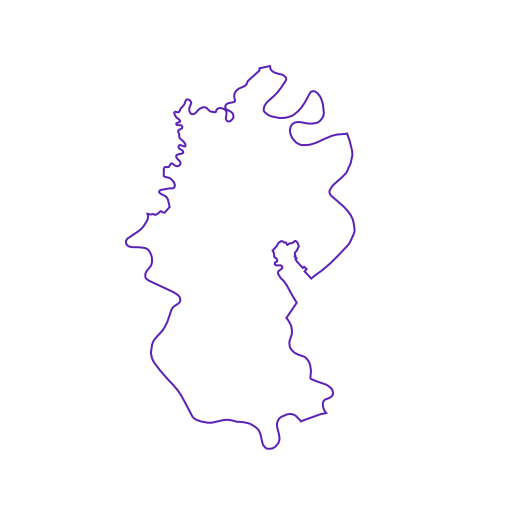 outline of An Duong, Hải Phòng, Vietnam, rotated 40°
{"feature_id": "81297802B31270346353021", "entity_name": "An Duong", "entity_type": "district", "adm_level": 2, "iso_a3": "VNM", "parent_name": "Vietnam", "parent_adm1": "Hải Phòng", "projection": "albers", "projection_center": [106.579, 20.884], "detail": "fine", "context": "isolated", "style": "outline", "palette": "violet", "viewbox_px": 512, "rotation_deg": 40, "n_neighbors": 0, "source": "geoboundaries", "source_scale": "gbopen_adm2", "svg_char_len": 6152}
<svg xmlns="http://www.w3.org/2000/svg" viewBox="0 0 512 512"><g transform="rotate(40 256 256)"><path d="M247.0,103.6L245.6,105.4L240.0,110.9L237.0,114.9L232.0,124.6L230.7,127.8L228.4,132.0L225.7,136.2L222.5,139.3L219.8,141.6L217.2,142.7L213.6,143.3L208.6,142.5L207.2,142.0L204.0,140.4L201.7,138.5L200.4,136.7L199.4,134.4L199.1,132.2L199.3,130.8L199.7,129.3L200.7,127.9L201.8,126.6L204.1,124.8L210.6,121.2L213.7,118.7L216.3,115.8L217.5,113.9L218.1,111.8L218.2,108.8L217.7,105.6L215.9,102.6L209.4,96.5L205.8,94.2L203.9,93.2L201.8,92.4L199.2,91.9L197.0,91.8L195.3,92.1L193.9,92.9L193.0,94.0L192.5,95.3L192.6,96.5L194.8,107.3L195.4,114.1L195.1,118.6L193.9,124.5L193.0,126.3L190.2,130.6L186.5,134.2L185.1,135.3L178.4,139.0L175.4,140.0L172.3,140.3L169.5,140.1L168.7,139.8L167.9,139.1L166.4,136.6L165.9,134.7L165.6,132.2L165.8,129.3L166.9,121.8L167.3,116.2L167.0,110.5L166.2,103.2L165.9,101.8L165.3,100.9L164.5,100.3L163.2,99.9L160.9,99.9L159.3,100.3L156.4,101.9L152.5,103.5L150.0,104.0L147.8,103.7L146.9,103.4L144.6,101.5L138.0,110.0L139.4,111.7L137.3,127.3L138.2,129.8L138.4,131.8L137.7,133.9L135.3,138.7L134.8,140.8L134.6,142.9L135.3,145.8L136.1,147.0L136.9,148.0L140.1,150.4L140.4,151.3L140.2,152.2L136.5,156.8L135.9,158.3L135.8,159.7L136.3,161.2L137.2,162.2L137.9,162.5L139.8,162.6L142.5,161.9L145.1,161.6L146.4,161.8L148.3,162.9L149.5,164.1L149.9,165.2L149.8,168.3L149.4,169.6L148.3,170.8L147.5,171.1L145.8,170.9L144.4,170.0L142.0,166.0L140.6,164.5L139.1,163.9L137.7,163.9L134.9,164.7L132.9,166.1L132.0,167.7L131.8,169.1L132.6,171.7L132.1,172.3L128.6,174.4L127.7,174.7L122.7,174.4L121.7,174.7L120.1,175.8L119.5,176.7L118.3,179.2L117.8,181.5L117.9,184.4L117.5,186.3L116.8,187.6L115.5,188.7L113.8,188.7L113.0,188.4L111.4,187.4L110.6,186.7L109.6,185.0L108.3,180.9L107.9,180.2L107.0,179.6L105.6,179.3L104.0,179.5L103.0,179.9L102.4,180.5L102.1,181.6L103.4,185.2L103.7,186.8L103.5,191.7L104.2,193.6L104.4,195.0L104.2,195.6L103.4,196.4L101.5,197.3L101.2,197.8L101.2,198.7L102.4,199.7L104.8,200.7L106.4,201.0L110.2,200.9L111.0,201.2L111.3,201.5L111.5,202.2L109.9,204.9L109.7,205.5L110.1,206.2L111.0,206.4L111.7,206.2L114.6,204.0L115.5,204.0L116.6,204.4L117.1,205.3L117.2,205.9L115.9,209.0L116.0,210.1L116.3,210.7L116.9,211.1L118.8,212.0L120.9,214.2L121.5,214.7L123.2,214.9L126.7,214.9L128.5,215.3L130.3,216.0L130.9,216.5L131.3,217.3L130.9,218.1L126.6,219.7L126.1,220.4L126.1,221.7L126.5,222.3L128.0,223.0L132.2,222.5L133.4,223.1L133.8,223.6L133.6,224.9L130.6,228.7L130.4,229.9L130.6,230.7L131.1,231.3L132.4,232.0L136.8,232.4L137.7,232.7L139.0,234.1L139.1,235.8L138.5,237.4L137.8,238.0L136.8,238.5L135.1,238.8L132.6,238.9L131.6,239.5L131.4,240.1L132.0,243.6L131.3,244.7L129.4,246.0L129.0,246.7L129.0,247.3L129.5,248.6L133.5,253.6L134.0,254.0L135.6,253.8L139.6,251.8L141.8,251.7L143.9,251.9L146.4,252.6L148.2,253.7L148.8,254.6L149.3,256.3L148.9,257.5L145.9,260.2L140.4,266.9L140.2,267.9L140.5,269.1L141.0,269.5L142.7,269.7L148.1,268.4L150.4,268.6L152.4,269.5L158.3,273.9L158.2,280.5L158.3,280.8L158.1,281.6L156.7,282.4L154.3,282.8L154.0,283.2L153.8,285.6L152.9,288.4L152.3,289.4L150.1,290.0L148.6,292.0L145.7,293.4L147.7,294.9L149.4,297.4L150.0,300.0L150.8,305.8L150.6,309.3L150.1,312.3L146.4,325.1L146.4,326.5L146.8,328.2L148.0,329.5L149.8,330.5L150.7,330.6L152.6,330.3L155.4,328.9L161.0,324.3L165.2,321.6L166.8,320.9L169.2,320.5L170.8,320.8L172.7,321.4L174.7,322.4L176.9,323.8L179.6,326.6L180.5,327.9L181.6,330.3L181.8,331.5L182.0,338.4L182.3,339.7L183.4,341.8L184.8,343.2L185.6,343.7L187.2,344.0L190.0,343.7L216.6,336.6L220.3,336.2L221.9,336.2L223.4,336.4L224.5,336.9L226.3,338.3L227.1,339.7L227.2,340.5L227.0,342.6L225.5,347.6L225.4,348.7L225.8,351.5L230.4,363.4L231.8,369.4L232.3,374.3L231.9,381.2L231.9,385.0L232.2,387.3L232.6,388.6L233.5,390.9L237.2,396.9L238.1,398.1L242.0,401.1L244.1,402.2L246.5,403.1L256.0,405.3L267.4,407.1L275.6,408.0L283.3,409.4L288.5,411.0L294.5,413.3L310.6,419.9L312.5,420.2L315.6,419.8L319.8,418.3L326.4,414.6L329.2,412.2L336.4,402.8L337.7,401.4L340.0,399.3L343.8,397.1L347.1,395.7L353.5,391.2L357.7,389.0L360.0,388.2L364.8,387.4L368.2,387.4L370.1,387.8L373.5,389.3L380.7,394.8L382.8,396.1L386.0,396.8L387.7,396.7L389.3,395.8L390.8,394.5L392.1,393.0L392.8,391.6L393.2,390.2L393.4,388.7L393.4,385.7L393.2,384.3L392.1,381.8L391.1,380.4L387.6,377.4L382.2,373.5L379.7,370.7L379.0,369.2L378.5,367.5L378.3,366.1L378.4,364.6L378.9,362.7L381.4,357.8L382.3,356.5L384.5,354.4L386.7,353.4L388.2,353.0L389.6,352.9L394.1,353.3L396.8,353.8L397.7,351.9L406.7,336.4L408.0,334.5L410.8,331.2L407.2,330.2L405.3,329.1L403.0,327.3L401.6,325.4L401.0,323.6L401.1,322.2L401.3,321.4L403.1,318.3L404.0,316.0L404.2,314.3L403.7,312.2L402.3,310.7L400.1,309.3L398.4,309.0L394.4,309.1L392.2,309.5L382.6,313.2L377.3,314.8L376.6,314.8L376.0,314.4L371.7,308.3L367.0,304.3L365.5,303.5L363.2,302.6L359.4,301.9L358.2,302.1L356.9,302.4L351.8,304.4L347.8,305.3L344.4,305.2L341.5,304.5L340.3,303.9L336.9,300.6L335.9,298.5L333.7,292.8L331.0,289.5L328.1,287.1L326.8,286.4L323.4,285.0L320.8,284.2L319.1,284.0L317.3,266.1L317.0,265.5L309.7,263.1L298.2,258.6L293.2,257.3L289.0,257.0L284.3,255.4L283.6,254.8L283.2,254.2L283.0,253.3L283.9,248.8L283.9,248.3L283.0,247.3L281.9,247.1L280.9,247.3L277.5,250.2L276.0,250.4L275.4,250.0L275.0,249.4L274.9,247.9L275.5,247.1L275.5,246.7L274.9,245.5L273.7,244.8L271.0,245.1L270.4,244.8L268.8,243.0L267.8,242.2L265.2,241.2L265.5,234.9L264.8,231.6L265.6,228.7L266.0,228.2L267.3,227.6L268.8,227.6L270.0,226.5L270.4,226.4L272.5,227.4L273.0,227.3L273.5,225.0L275.5,222.7L276.2,219.4L276.8,219.0L279.4,219.2L282.5,221.0L283.7,225.3L283.8,228.8L284.8,229.5L285.3,230.5L286.2,230.6L286.1,231.6L288.5,231.7L288.3,233.1L290.8,233.9L299.5,235.1L299.8,233.3L303.2,233.5L303.1,236.6L309.7,237.3L312.8,237.8L313.6,233.4L316.0,223.8L317.6,214.2L318.5,204.4L319.3,192.2L319.5,188.1L319.1,184.7L316.5,175.6L315.2,173.2L314.0,171.9L309.2,167.6L306.2,165.6L302.2,163.7L296.5,162.5L291.5,161.8L274.7,161.5L273.2,161.1L271.8,160.4L270.9,159.5L270.2,158.2L269.5,154.1L269.7,150.8L271.3,140.1L271.7,134.2L270.9,130.9L270.0,128.6L269.8,127.0L268.8,123.9L265.1,116.9L262.1,113.7L254.3,108.0L247.0,103.6Z" fill="none" stroke="#5b21b6" stroke-width="2"/></g></svg>